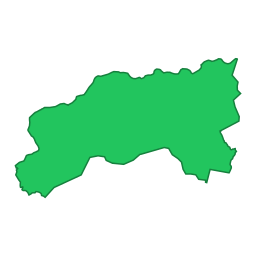 outline of Bla, Ségou, Mali
{"feature_id": "8926073B53903332689390", "entity_name": "Bla", "entity_type": "district", "adm_level": 2, "iso_a3": "MLI", "parent_name": "Mali", "parent_adm1": "Ségou", "projection": "mercator", "projection_center": [-5.818, 12.918], "detail": "fine", "context": "isolated", "style": "filled", "palette": "green", "viewbox_px": 256, "rotation_deg": 0, "n_neighbors": 0, "source": "geoboundaries", "source_scale": "gbopen_adm2", "svg_char_len": 3879}
<svg xmlns="http://www.w3.org/2000/svg" viewBox="0 0 256 256"><path d="M45.1,197.3L54.0,187.5L81.2,174.9L83.0,171.2L89.9,157.4L98.1,155.8L104.6,156.8L106.2,160.4L112.4,163.2L123.7,164.3L133.3,160.1L139.9,154.4L141.4,154.1L149.7,151.7L164.2,147.5L168.7,148.4L172.3,154.7L177.9,158.5L181.5,162.1L183.1,169.3L185.8,174.0L190.9,174.0L195.8,174.8L198.7,179.3L205.6,180.2L205.6,182.3L206.7,182.6L210.1,169.4L228.2,172.7L229.1,172.8L229.3,172.4L230.3,170.3L231.3,167.9L231.2,166.3L230.4,165.2L230.0,164.3L230.8,160.7L231.5,159.5L232.5,158.9L233.3,156.4L234.3,155.6L235.2,153.9L235.1,152.9L235.8,152.1L236.4,151.4L235.3,150.0L235.2,148.6L234.5,148.7L233.6,149.1L232.6,149.1L232.0,149.6L231.6,149.7L231.4,149.8L230.5,149.5L229.8,147.3L227.8,146.1L227.5,145.1L225.8,142.7L224.5,142.5L224.2,140.9L223.6,140.1L222.6,137.1L221.7,134.9L220.4,132.8L220.2,131.9L220.6,131.4L220.1,131.0L238.9,121.1L239.2,116.6L235.0,106.8L233.4,100.1L240.6,93.5L237.4,90.2L237.2,86.1L238.0,82.1L232.1,75.2L234.0,69.4L237.4,58.8L237.6,58.7L236.8,58.8L235.7,58.7L234.8,59.3L234.4,59.6L230.4,63.1L229.1,63.5L227.9,63.8L225.8,63.3L224.4,62.7L222.8,61.3L221.8,59.8L220.9,59.0L219.8,58.9L219.5,58.9L218.5,58.8L217.5,59.4L216.7,59.9L216.2,60.0L214.8,60.6L214.3,60.8L213.8,61.0L211.7,61.4L211.2,61.0L210.4,60.8L208.8,60.3L208.4,60.3L208.2,60.3L206.3,61.0L206.1,61.1L205.0,61.6L204.6,61.7L204.3,61.9L203.7,62.4L202.8,63.3L201.6,64.6L201.0,65.0L201.3,65.6L201.4,66.0L201.1,67.9L199.1,70.1L194.8,72.6L193.6,73.3L193.3,73.5L192.4,73.7L191.2,72.9L190.5,71.4L189.6,70.4L187.1,69.1L186.6,69.0L186.3,69.0L185.2,68.9L183.1,68.8L182.8,68.7L182.7,68.7L181.3,69.5L181.0,69.6L180.8,69.9L180.5,70.3L179.7,71.8L178.4,73.8L177.6,73.9L176.1,74.0L174.6,73.9L174.0,73.8L171.7,73.1L170.0,72.3L168.0,72.3L167.4,72.2L166.5,72.3L163.7,72.9L161.2,70.9L160.7,70.1L160.5,69.9L160.1,69.7L159.6,69.5L159.4,69.4L157.1,69.1L156.9,69.1L156.6,69.1L155.8,69.5L155.6,69.7L155.1,70.0L154.8,70.3L154.2,71.2L153.8,73.3L153.1,74.1L152.2,74.5L150.7,75.1L150.1,75.1L148.0,75.1L145.4,75.8L144.8,76.5L143.9,77.7L141.6,78.6L140.9,78.4L140.5,78.2L140.0,77.6L139.2,77.4L138.5,77.7L137.4,78.1L135.5,78.7L133.1,78.5L131.1,77.5L129.7,76.2L127.7,73.3L125.9,72.9L123.5,72.5L120.2,72.7L118.7,71.9L113.8,71.6L112.0,72.3L111.8,72.4L108.4,74.1L105.7,74.9L102.5,75.8L101.3,76.2L100.8,76.3L98.1,75.9L96.5,76.7L96.2,76.9L95.1,77.9L94.3,79.3L93.2,82.5L91.7,84.3L90.6,85.6L89.7,86.5L88.2,88.6L88.0,89.1L86.8,90.9L86.1,92.0L84.1,94.7L83.1,94.9L82.9,95.0L82.1,95.2L81.5,95.3L80.3,95.4L77.7,96.2L77.3,96.3L76.9,96.5L76.6,96.6L76.0,98.5L75.9,99.3L72.2,102.8L70.3,103.8L68.9,104.5L68.1,105.2L67.5,104.7L66.8,104.6L66.3,104.5L64.1,103.5L63.0,103.6L62.0,103.8L60.3,104.0L59.1,104.7L56.5,106.1L56.0,106.4L55.3,106.6L54.6,106.8L53.5,106.9L53.0,107.0L49.8,107.5L44.6,107.5L43.9,107.9L43.1,108.5L41.6,109.1L41.0,109.6L40.8,109.8L40.0,110.0L39.2,110.5L36.4,112.0L35.8,112.2L35.2,112.4L34.9,112.8L34.7,113.1L34.4,113.1L29.6,117.6L29.5,119.0L29.6,120.7L29.8,122.4L29.6,124.5L29.5,125.8L28.6,128.2L28.0,129.6L28.0,129.9L28.0,130.1L28.1,130.7L28.2,130.8L31.2,135.5L31.3,135.8L32.8,136.8L33.2,137.1L34.3,138.8L34.6,139.7L35.8,142.7L36.5,143.7L38.1,146.0L38.7,147.6L39.0,148.5L38.8,149.9L38.0,150.9L37.4,151.2L36.8,151.4L36.5,151.7L33.9,152.7L33.5,153.0L32.2,153.9L32.1,154.0L31.8,154.2L31.3,154.3L28.5,154.7L26.7,155.4L26.5,155.5L26.4,155.6L24.7,159.5L23.8,161.0L22.6,161.4L21.5,161.7L19.4,162.4L15.4,165.6L15.4,165.8L15.6,166.2L15.9,167.0L16.3,168.0L16.7,167.8L17.1,167.8L17.7,168.6L17.1,169.3L16.4,170.0L16.9,171.7L15.8,174.9L16.5,176.1L18.9,180.1L20.4,182.0L20.2,185.3L20.3,186.4L20.5,187.3L21.6,187.3L22.3,186.9L22.8,187.1L22.6,188.1L22.3,188.9L22.0,189.7L22.4,190.0L23.1,190.5L25.1,190.5L26.1,190.8L27.8,192.4L29.0,195.0L31.0,193.9L32.3,192.8L35.0,192.8L35.9,191.6L38.3,191.9L40.1,192.7L41.2,193.6L41.6,195.5L43.6,196.1L45.1,197.3Z" fill="#22c55e" stroke="#15803d" stroke-width="1.5"/></svg>